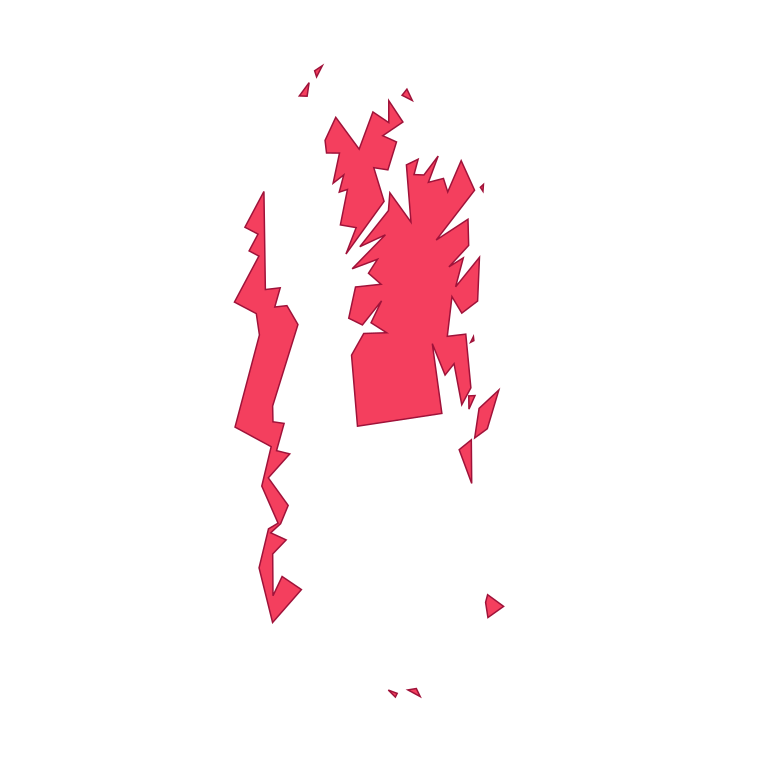 Kodiak Island, Alaska, United States of America, rotated 298°
{"feature_id": "52423323B80008995120080", "entity_name": "Kodiak Island", "entity_type": "district", "adm_level": 2, "iso_a3": "USA", "parent_name": "United States of America", "parent_adm1": "Alaska", "projection": "equal_earth", "projection_center": [-153.82, 57.362], "detail": "medium", "context": "isolated", "style": "filled", "palette": "rose", "viewbox_px": 768, "rotation_deg": 298, "n_neighbors": 0, "source": "geoboundaries", "source_scale": "gbopen_adm2", "svg_char_len": 1984}
<svg xmlns="http://www.w3.org/2000/svg" viewBox="0 0 768 768"><g transform="rotate(298 384 384)"><path d="M334.3,380.4L385.2,448.9L442.3,407.7L420.6,433.7L434.8,436.3L402.2,462.4L421.4,462.5L466.4,432.8L455.8,417.5L493.0,403.0L483.1,419.4L501.2,427.7L540.7,408.8L503.4,401.6L532.6,394.8L517.9,386.3L546.1,393.7L568.9,380.8L535.6,362.5L597.6,373.0L617.4,347.3L583.5,350.1L593.4,340.0L582.9,328.5L610.7,324.8L587.3,321.1L583.0,312.2L598.5,308.6L588.0,300.9L539.6,331.8L555.6,299.4L539.2,306.5L493.9,298.2L516.4,315.2L470.8,301.8L491.1,319.7L474.5,318.3L470.7,334.6L456.3,313.3L425.5,322.0L426.0,337.2L456.3,342.8L432.0,343.8L430.5,362.3L419.1,342.4L394.2,341.8L334.3,380.4ZM163.7,407.6L166.2,384.4L144.9,385.4L181.7,365.5L200.4,370.8L199.4,353.8L212.1,358.3L231.8,356.4L246.8,325.9L278.0,333.6L274.7,320.4L302.3,314.3L298.5,303.7L312.3,296.0L396.1,280.1L407.6,261.5L400.7,251.4L420.2,247.2L411.7,234.9L497.6,187.6L457.1,187.6L457.2,202.4L438.2,202.4L438.2,213.5L386.1,213.5L386.2,238.2L368.8,251.0L276.0,272.7L275.7,313.8L236.5,324.0L211.4,355.8L201.9,350.0L163.0,360.0L121.1,397.6L163.7,407.6ZM480.9,289.4L545.3,298.3L570.2,273.4L574.9,286.9L603.6,281.4L602.6,266.3L624.2,277.7L636.4,255.2L617.0,265.5L619.0,246.5L579.7,251.8L596.8,216.2L571.4,217.6L561.0,224.8L567.0,236.3L537.4,244.8L549.7,250.3L532.4,254.4L538.6,260.4L504.0,270.8L509.0,286.0L480.9,289.4ZM378.9,489.4L393.0,496.2L432.6,488.2L407.1,479.4L378.9,489.4ZM361.3,481.2L337.4,508.1L375.7,487.3L361.3,481.2ZM226.6,585.4L243.8,594.0L246.6,574.4L238.9,576.2L226.6,585.4ZM125.1,548.7L125.0,562.7L130.3,555.5L125.1,548.7ZM647.4,264.4L647.6,275.9L655.1,265.8L647.4,264.4ZM598.6,174.0L602.0,181.0L614.9,176.4L598.6,174.0ZM413.3,464.4L401.7,470.8L416.5,469.8L413.3,464.4ZM628.0,175.7L623.5,180.3L636.1,180.1L628.0,175.7ZM115.8,531.5L112.9,541.0L117.0,540.9L115.8,531.5ZM602.9,376.7L600.6,380.9L606.9,378.1L602.9,376.7ZM461.5,440.9L464.5,443.0L467.8,440.7L461.5,440.9Z" fill="#f43f5e" stroke="#9f1239" stroke-width="1.5"/></g></svg>